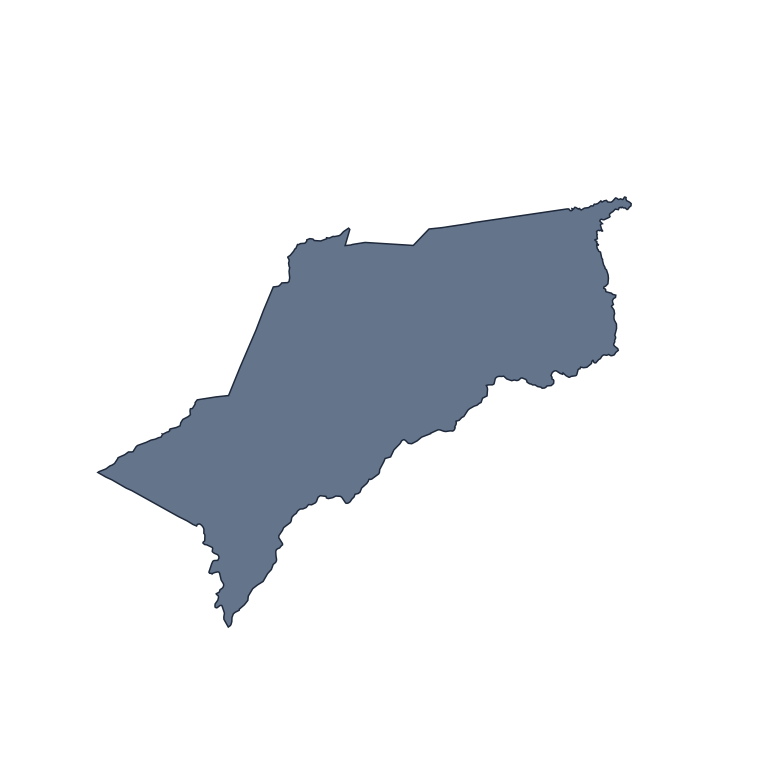 Ntcheu, Ntcheu, Malawi, rotated 247°
{"feature_id": "42251766B4706820893431", "entity_name": "Ntcheu", "entity_type": "district", "adm_level": 2, "iso_a3": "MWI", "parent_name": "Malawi", "parent_adm1": "Ntcheu", "projection": "orthographic", "projection_center": [34.638, -14.817], "detail": "fine", "context": "isolated", "style": "filled", "palette": "slate", "viewbox_px": 768, "rotation_deg": 247, "n_neighbors": 0, "source": "geoboundaries", "source_scale": "gbopen_adm2", "svg_char_len": 6165}
<svg xmlns="http://www.w3.org/2000/svg" viewBox="0 0 768 768"><g transform="rotate(247 384 384)"><path d="M546.2,358.9L543.3,355.9L543.1,354.7L541.6,352.8L539.1,348.0L538.5,345.1L538.0,344.9L535.5,345.2L533.9,344.5L532.6,343.4L529.3,342.6L528.1,342.7L524.8,340.6L518.6,338.7L515.4,336.6L515.0,334.9L517.0,329.4L515.9,327.4L515.2,325.0L516.6,320.0L498.8,301.8L483.7,287.3L456.1,258.5L434.1,236.4L437.7,224.6L442.4,205.9L440.7,202.9L439.2,202.2L436.4,198.2L436.3,197.7L436.8,196.6L436.7,195.9L435.0,194.9L431.4,193.8L430.5,191.2L430.0,185.0L427.8,181.8L425.2,180.0L425.1,175.8L426.2,169.5L425.5,168.6L424.8,168.6L424.3,166.9L424.5,165.5L424.2,160.9L424.6,160.4L424.0,160.4L422.2,157.9L422.7,155.5L422.6,152.0L423.4,147.6L423.2,142.3L423.7,132.9L423.0,131.1L419.8,126.6L420.0,125.2L421.3,122.2L420.2,117.5L420.1,111.1L419.8,109.9L419.3,109.7L416.1,104.9L415.6,102.0L415.7,99.8L414.5,94.8L414.7,87.4L414.4,86.0L406.9,91.7L402.1,96.1L388.9,106.0L384.4,110.2L342.4,142.9L334.9,149.3L329.3,153.3L326.5,156.0L327.7,157.3L327.4,159.3L326.5,160.2L325.0,161.0L322.5,161.6L320.7,161.5L316.9,159.8L315.7,160.2L314.4,159.9L309.7,157.7L309.0,155.6L308.3,155.2L306.4,156.1L305.2,158.0L300.7,162.0L299.7,162.1L297.1,160.5L296.3,160.6L294.4,161.7L291.9,164.2L289.8,164.6L288.2,164.0L286.6,162.0L287.9,158.6L287.7,157.2L285.9,155.2L279.2,149.3L278.0,149.5L276.7,151.6L276.3,151.6L276.7,152.9L276.5,155.1L276.0,157.7L275.2,158.5L274.0,158.7L267.2,157.5L262.6,158.2L261.0,157.6L259.8,156.4L259.2,155.2L258.7,152.7L256.8,151.0L256.5,147.6L255.7,147.6L253.8,148.7L252.2,148.3L249.9,146.5L247.5,142.6L245.6,141.6L244.3,141.4L243.4,142.4L243.3,143.2L244.2,146.6L243.8,147.8L243.0,148.2L235.4,147.6L232.1,145.5L229.9,144.7L221.1,145.7L221.7,148.2L222.4,149.2L224.6,151.0L228.4,152.8L231.3,155.5L232.0,157.8L232.3,162.3L233.3,162.9L235.3,169.2L238.0,174.1L241.8,176.2L246.9,183.2L248.5,189.2L249.5,195.6L254.9,202.7L257.2,207.8L261.2,211.5L262.1,214.5L263.3,215.9L264.6,216.6L267.9,217.4L271.9,218.8L273.3,219.9L273.9,221.4L273.9,223.9L275.2,226.3L275.6,227.8L276.8,228.2L283.6,227.1L285.5,228.0L288.9,233.3L291.0,235.5L293.1,243.8L294.4,245.2L296.4,246.4L297.5,247.4L298.7,250.2L299.2,252.6L300.8,254.8L301.5,256.9L301.6,258.2L300.7,260.6L300.7,264.1L302.5,267.4L301.1,270.2L301.4,274.3L302.2,275.9L305.5,279.0L306.1,281.7L303.2,286.7L301.6,286.5L300.3,287.9L299.4,292.4L299.7,295.9L297.6,300.0L296.1,300.9L289.4,302.2L288.6,303.3L288.4,304.8L288.9,306.9L290.5,309.3L291.7,312.3L293.8,314.2L293.3,317.5L293.8,319.6L297.0,322.8L299.2,329.3L300.7,331.6L302.1,332.8L301.9,333.7L301.4,334.3L301.3,335.7L303.3,343.9L304.2,345.1L307.0,346.7L312.4,353.3L315.0,355.9L314.3,361.6L319.5,367.4L322.8,375.3L324.1,377.3L324.4,377.3L324.9,378.4L325.1,380.1L324.8,380.9L323.4,381.8L319.9,383.2L318.2,386.2L318.7,392.3L320.4,397.8L320.1,407.6L320.5,407.7L320.7,415.8L320.0,417.5L317.2,420.5L316.1,422.3L315.0,426.7L313.9,428.7L313.9,429.6L314.4,430.9L315.9,432.4L316.8,432.2L318.5,434.4L319.9,435.3L321.6,435.8L321.2,439.0L322.8,442.5L322.9,444.8L327.1,451.0L327.8,453.1L328.4,458.5L328.1,461.3L328.9,463.9L329.1,466.2L332.4,469.1L332.8,474.2L338.8,477.3L340.6,477.7L342.7,477.6L342.4,479.7L340.9,483.4L340.9,484.8L341.3,485.5L345.7,488.7L346.4,491.0L346.1,492.9L345.0,495.2L344.4,497.3L340.6,499.0L337.1,502.9L336.8,505.5L335.5,507.2L335.0,508.6L335.1,510.0L335.9,512.1L335.7,513.4L332.9,516.2L331.6,516.7L329.8,516.4L327.4,518.0L326.3,519.6L325.1,520.4L324.1,522.7L321.6,524.4L319.8,527.2L318.3,527.9L317.6,530.2L317.7,531.5L318.5,533.5L317.2,537.3L318.2,540.3L320.6,541.6L321.7,541.6L323.0,540.6L324.5,541.3L326.6,541.1L328.6,543.1L329.4,545.2L329.2,547.0L328.7,547.8L324.9,550.3L323.2,552.2L324.2,553.1L320.5,554.8L318.0,556.8L317.7,557.4L317.9,559.2L316.8,563.4L316.8,564.3L317.3,565.1L321.4,568.3L321.7,569.1L321.4,570.3L322.7,571.5L321.0,574.1L320.1,577.3L321.8,582.9L323.6,584.2L324.2,585.2L324.0,585.7L322.3,585.6L321.3,586.0L320.7,587.2L322.6,591.2L322.8,593.1L324.4,595.3L324.9,597.0L324.8,598.0L323.4,600.2L323.4,602.3L321.3,604.0L320.9,605.7L320.9,607.4L322.5,609.7L323.4,612.8L325.2,613.0L328.6,611.1L330.2,610.7L331.2,611.2L332.6,612.9L334.2,613.4L335.6,615.0L336.6,615.5L338.7,615.5L344.3,619.8L348.4,621.4L352.7,621.0L354.9,621.4L357.3,622.6L358.5,623.7L362.2,624.6L366.5,623.7L367.0,624.1L367.5,626.2L370.2,626.4L371.7,627.0L373.0,628.8L373.2,630.9L375.2,632.1L377.2,629.5L378.7,628.9L382.1,624.5L382.6,624.3L384.1,624.9L385.1,624.7L386.3,623.7L387.2,624.2L387.5,624.7L387.5,626.3L388.8,629.3L393.6,631.9L396.8,632.9L402.1,633.4L404.1,632.6L405.1,633.0L407.8,632.7L412.2,633.4L413.2,633.9L414.8,633.6L420.8,634.8L422.5,633.5L424.1,633.6L425.1,633.2L428.7,634.0L428.7,634.5L428.1,635.4L428.5,635.8L429.8,634.9L430.2,635.3L431.2,634.9L432.0,635.6L433.8,634.4L434.3,634.5L434.3,637.2L437.4,637.9L438.1,638.7L439.2,638.5L440.0,639.1L441.1,639.1L441.4,639.5L441.7,640.6L441.6,641.7L440.8,642.5L440.9,643.5L439.5,644.4L439.4,644.9L440.0,645.1L441.0,644.7L445.8,645.3L446.4,646.2L446.2,647.7L449.7,646.3L450.8,647.5L450.7,648.6L449.5,649.9L449.2,650.9L449.4,656.3L449.7,657.4L451.3,657.5L452.3,658.1L453.1,660.6L453.1,661.7L454.6,665.2L452.9,667.9L454.4,669.4L454.3,670.5L453.5,671.2L453.8,672.3L452.5,673.2L451.9,674.7L449.6,675.9L449.7,677.0L450.9,678.9L451.5,681.0L453.5,682.0L455.4,681.1L458.0,679.0L459.7,678.9L461.0,679.7L461.5,679.4L462.1,678.4L460.5,676.1L460.6,675.6L462.1,674.0L462.0,672.9L462.3,671.8L464.2,670.7L464.8,669.8L462.9,665.7L462.6,664.0L464.1,661.1L466.1,660.5L466.6,658.3L466.3,656.1L466.5,655.6L467.8,655.2L466.6,651.5L466.7,649.3L467.4,647.8L466.2,646.0L467.1,644.1L466.4,641.4L467.6,637.2L467.1,633.5L468.0,632.8L469.1,632.7L469.3,632.3L469.2,631.2L471.6,629.5L472.1,628.6L470.9,626.8L472.0,625.5L470.4,625.2L470.3,624.1L470.8,623.1L472.9,622.5L473.6,621.0L498.0,527.7L498.3,525.5L505.5,497.7L509.1,486.0L500.1,465.1L521.7,421.9L524.8,409.4L524.9,407.8L526.6,402.3L539.6,412.9L541.3,412.3L540.1,406.3L538.3,402.3L538.1,400.5L539.0,396.3L539.8,394.7L539.7,390.6L541.1,388.3L540.1,387.9L540.4,381.6L543.3,375.9L545.2,375.2L546.8,372.5L546.9,369.3L545.5,368.5L544.5,366.1L545.9,362.0L545.7,359.9L546.2,358.9Z" fill="#64748b" stroke="#1e293b" stroke-width="1.5"/></g></svg>